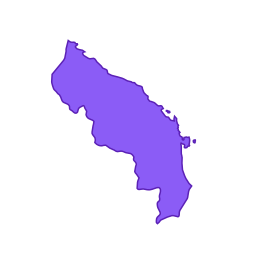 SVG path tracing the border of Ica, rotated 165°
{"feature_id": "PER-589", "entity_name": "Ica", "entity_type": "Department", "adm_level": 1, "iso_a3": "PER", "parent_name": "Peru", "parent_adm1": "", "projection": "natural_earth1", "projection_center": [-75.673, -14.21], "detail": "fine", "context": "isolated", "style": "filled", "palette": "violet", "viewbox_px": 256, "rotation_deg": 165, "n_neighbors": 0, "source": "natural_earth", "source_scale": "10m", "svg_char_len": 4135}
<svg xmlns="http://www.w3.org/2000/svg" viewBox="0 0 256 256"><g transform="rotate(165 128 128)"><path d="M163.1,228.0L161.8,226.4L161.0,225.7L159.6,225.2L158.2,224.9L157.2,224.4L156.8,223.1L156.4,222.8L155.2,222.5L155.1,221.9L155.2,221.6L156.2,221.0L157.6,220.6L157.8,219.5L156.8,217.7L154.7,216.3L151.9,214.9L150.1,212.8L151.4,212.8L152.2,212.4L152.5,211.6L152.4,210.6L152.1,209.8L151.6,209.1L148.2,205.5L146.9,204.7L143.2,204.2L142.2,203.3L141.6,201.9L141.0,200.0L137.7,194.6L137.2,193.0L136.7,192.2L134.2,190.3L133.4,189.4L133.3,188.9L133.4,186.3L133.2,185.7L130.1,183.0L124.4,179.8L122.5,178.6L121.1,177.8L119.4,176.5L116.4,173.7L112.9,171.8L112.7,171.4L112.1,170.9L111.4,170.5L110.8,170.4L110.0,170.1L109.5,169.3L109.1,168.4L108.6,167.6L108.1,167.1L107.6,166.6L104.7,165.0L103.7,163.8L103.9,162.0L103.7,160.0L103.5,158.1L102.6,156.4L101.4,154.4L100.7,154.0L100.5,153.0L100.8,152.3L101.3,151.0L101.0,150.3L100.2,148.4L98.6,147.5L96.3,145.9L95.4,144.9L94.1,142.8L93.2,141.7L92.4,141.3L90.7,141.1L90.1,140.8L89.6,140.2L88.9,137.6L90.8,137.3L91.3,136.6L91.4,135.8L90.9,134.7L90.3,133.2L89.9,132.3L89.3,130.6L88.5,129.1L87.4,128.5L86.2,128.0L85.7,126.9L85.3,125.6L84.8,124.6L83.9,124.0L81.5,122.9L81.3,124.7L80.0,127.3L78.6,124.5L79.2,122.4L79.2,119.3L78.5,117.5L79.3,116.9L79.3,115.6L80.2,114.9L79.8,114.1L79.9,113.4L80.1,112.5L79.4,111.6L79.0,110.2L79.9,109.9L80.0,107.8L79.5,106.4L78.3,105.5L78.1,104.5L78.2,104.0L78.4,103.3L78.5,102.8L78.1,102.3L77.4,102.1L76.9,102.5L76.7,103.8L76.2,104.4L75.4,104.1L74.2,104.3L72.9,103.5L71.4,103.4L71.4,101.3L71.6,100.1L72.6,97.5L73.3,96.4L73.0,95.3L73.6,94.7L74.9,95.0L76.2,93.9L77.4,93.9L78.2,94.1L78.6,95.0L77.9,96.1L77.8,97.3L78.4,97.9L79.3,98.4L80.6,99.6L81.2,98.7L81.2,97.0L81.6,95.3L82.6,91.7L83.2,89.2L83.2,87.6L83.4,85.4L84.2,82.7L85.0,80.1L86.2,73.4L85.7,67.3L85.2,64.3L83.4,58.6L81.5,55.5L84.7,52.8L85.9,51.0L88.4,45.4L89.0,44.5L99.0,35.2L99.7,34.3L100.2,33.4L101.1,30.7L101.6,29.8L102.2,29.4L102.6,29.4L102.9,29.4L103.0,29.5L103.3,29.7L106.6,31.5L108.2,32.0L113.0,31.8L119.6,30.7L120.5,30.4L122.4,28.9L124.3,28.0L124.8,28.8L124.9,29.2L125.0,29.5L124.9,30.0L124.6,31.1L123.9,32.9L123.2,33.8L122.5,34.4L119.8,35.9L119.3,36.4L118.9,37.2L118.8,38.4L119.7,42.9L119.8,44.0L119.7,45.3L119.4,47.1L119.0,48.0L118.4,48.7L117.0,49.4L116.4,49.8L116.0,50.5L115.7,51.4L115.5,53.4L115.2,54.3L114.9,55.0L113.7,57.0L113.0,58.5L112.8,59.3L112.6,60.2L112.7,61.1L113.0,61.8L113.5,62.4L115.4,62.9L120.2,62.6L121.7,62.6L123.1,62.7L125.4,63.4L128.9,65.1L130.5,65.4L133.0,65.7L133.8,66.0L134.4,66.5L134.8,67.4L132.8,73.2L132.0,74.6L131.1,75.8L130.3,77.0L131.6,80.8L132.3,82.3L132.6,83.1L132.7,84.3L130.5,89.0L129.5,90.4L129.3,91.5L129.4,92.2L129.6,93.0L130.7,95.1L130.8,95.8L130.7,96.6L130.0,98.0L129.9,98.7L130.1,99.5L130.7,100.9L131.3,101.8L132.2,102.7L136.2,104.6L137.0,105.1L138.2,106.1L139.2,106.8L140.5,107.4L141.5,107.6L144.1,107.9L144.8,108.2L145.7,108.8L147.0,110.2L150.7,113.2L153.9,117.1L155.8,117.5L157.9,117.6L158.8,117.9L159.7,118.2L161.0,119.0L162.5,120.4L163.8,122.5L163.1,123.9L162.7,124.7L162.5,126.0L162.5,127.3L163.8,130.6L164.1,132.0L163.7,133.5L161.1,139.3L160.4,140.5L159.8,141.8L159.2,143.3L159.8,144.2L160.4,144.8L163.3,147.1L163.8,147.7L164.3,148.3L164.9,149.8L165.0,150.8L165.1,151.6L163.6,154.9L164.5,158.3L164.7,160.4L165.0,161.0L165.6,161.2L169.2,160.4L169.9,160.1L170.5,159.7L171.0,159.2L172.6,156.5L173.2,156.1L173.9,155.8L174.6,155.9L175.3,156.1L176.0,156.8L176.6,157.6L177.4,158.9L178.1,159.7L178.7,160.3L179.2,160.9L179.4,161.6L179.0,163.8L179.0,164.8L179.6,166.0L180.3,166.8L183.3,169.2L183.8,169.7L184.2,170.4L184.6,171.4L184.8,172.9L185.0,175.4L185.6,177.7L186.9,179.4L187.9,181.7L189.1,183.7L189.5,184.5L189.7,185.5L189.9,188.5L189.9,191.2L189.7,192.5L187.4,199.5L172.7,210.0L171.0,211.8L168.5,216.9L167.9,218.2L167.5,219.9L167.0,221.0L163.1,228.0L163.1,228.0ZM68.0,97.1L68.4,97.3L68.4,98.2L68.1,99.0L67.5,99.2L66.7,99.2L66.1,99.0L66.3,98.0L66.9,97.3L67.0,96.5L67.8,96.5L68.0,97.1ZM85.3,132.3L85.7,133.3L85.9,133.9L86.6,134.4L86.4,134.9L85.5,134.7L84.5,133.8L83.5,133.3L83.5,132.3L84.1,132.0L85.3,132.3Z" fill="#8b5cf6" stroke="#5b21b6" stroke-width="1.5"/></g></svg>